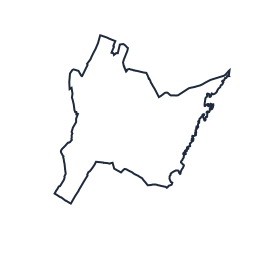 outline of Audriņu pag., Rezeknes, Latvia, rotated 292°
{"feature_id": "27541924B86594333268472", "entity_name": "Audriņu pag.", "entity_type": "district", "adm_level": 2, "iso_a3": "LVA", "parent_name": "Latvia", "parent_adm1": "Rezeknes", "projection": "equal_earth", "projection_center": [27.249, 56.587], "detail": "fine", "context": "isolated", "style": "outline", "palette": "slate", "viewbox_px": 256, "rotation_deg": 292, "n_neighbors": 0, "source": "geoboundaries", "source_scale": "gbopen_adm2", "svg_char_len": 5837}
<svg xmlns="http://www.w3.org/2000/svg" viewBox="0 0 256 256"><g transform="rotate(292 128 128)"><path d="M213.9,202.2L214.1,201.9L219.5,200.5L218.9,200.2L214.3,198.5L213.1,197.9L212.5,197.5L203.5,186.5L199.8,183.3L196.2,180.5L194.5,178.9L191.3,174.7L191.2,174.7L188.3,170.3L187.7,169.6L186.6,168.8L177.9,162.7L177.0,162.0L176.5,161.2L174.3,155.5L174.3,154.9L175.5,151.5L175.4,150.9L174.9,149.7L174.3,149.0L170.4,146.7L168.2,145.1L173.9,138.5L177.0,134.4L177.7,133.7L178.3,132.6L180.5,130.6L181.9,128.9L181.6,128.7L183.6,127.0L186.0,124.3L185.3,121.7L184.3,114.9L183.9,113.4L183.7,112.1L183.8,112.1L183.6,111.1L183.6,110.2L183.2,108.4L183.2,107.0L181.7,105.2L180.6,105.5L179.6,105.1L181.7,103.0L183.0,102.0L182.8,101.9L183.7,101.0L187.0,98.8L190.2,98.5L199.2,98.5L202.1,98.0L202.5,96.7L203.5,94.7L204.1,92.3L202.9,90.1L202.3,89.2L193.5,90.5L193.1,89.6L193.2,89.4L192.6,88.6L192.1,88.5L190.5,87.6L191.4,87.0L191.8,86.5L191.9,86.2L191.6,85.4L191.6,84.5L196.0,84.5L197.7,84.6L198.4,84.3L198.4,83.8L198.9,83.6L203.8,83.7L203.8,76.8L204.0,75.4L203.9,72.6L203.7,69.5L203.8,69.2L203.5,67.5L195.5,68.4L189.3,68.3L184.5,67.8L180.3,67.5L177.7,67.5L172.1,66.0L171.3,66.9L158.9,66.0L158.8,65.8L159.0,65.0L162.4,60.7L162.0,55.8L161.9,55.6L161.4,55.1L160.6,54.6L156.8,53.8L148.7,56.3L142.2,59.3L144.1,60.6L139.0,63.7L135.2,64.6L133.7,65.9L129.6,68.8L124.3,71.8L123.6,72.5L123.0,73.1L123.4,73.7L123.5,74.1L123.3,74.3L121.5,74.9L122.3,76.1L122.3,76.3L117.2,76.4L114.0,77.7L107.9,76.8L106.9,76.8L106.1,77.0L103.2,77.2L102.1,78.5L101.2,78.4L100.0,78.5L98.2,79.4L96.7,79.6L96.2,80.2L95.9,80.4L93.0,79.4L92.1,78.4L92.1,78.1L91.8,77.8L87.8,76.4L84.3,74.9L83.0,74.5L81.9,74.4L81.0,74.6L80.1,75.3L77.5,78.5L77.5,78.8L76.5,78.9L75.0,80.1L73.5,80.9L70.8,82.7L66.4,85.0L62.2,87.4L59.2,87.2L58.3,87.8L56.0,88.0L48.8,86.8L48.8,86.7L48.2,86.0L47.3,85.6L45.6,85.5L43.0,84.9L39.7,84.5L39.4,86.7L38.5,91.0L38.7,92.0L37.2,97.4L37.4,98.0L37.2,98.6L36.8,101.1L36.5,103.3L45.1,104.5L51.2,105.7L51.6,105.6L58.2,106.6L61.1,107.0L68.7,108.3L69.4,107.7L72.2,107.8L73.8,108.9L77.5,109.9L81.2,110.7L84.7,111.0L86.7,118.0L86.5,118.4L87.0,119.6L87.7,121.9L88.1,124.4L88.8,125.0L90.0,126.7L85.1,130.5L84.2,138.2L87.1,139.3L88.7,140.1L89.1,142.0L89.0,142.5L88.7,144.8L88.5,148.2L87.9,150.4L87.7,151.3L87.5,155.2L87.0,157.6L86.8,159.7L85.1,162.5L84.3,164.2L82.3,167.7L83.5,170.2L85.0,172.4L85.9,174.8L86.2,176.1L86.2,177.5L86.5,178.6L86.7,180.4L87.3,183.8L87.6,185.1L87.1,186.3L87.6,186.8L89.6,187.4L90.0,187.7L91.2,189.2L91.9,189.7L93.9,189.6L94.0,189.2L94.0,188.0L95.3,186.6L95.6,186.4L96.5,185.5L98.8,184.7L99.5,184.8L100.4,185.1L101.5,184.7L102.5,185.1L103.8,185.9L106.2,187.9L106.6,188.4L107.2,190.1L107.3,190.5L107.3,190.8L106.1,191.9L105.6,192.2L104.9,193.5L105.2,193.7L106.9,193.4L108.3,193.3L109.8,193.4L111.3,193.8L114.1,193.9L114.7,193.4L114.9,192.3L115.5,191.3L115.9,190.0L116.1,189.9L117.0,189.8L117.9,190.0L118.7,190.4L119.8,190.3L120.7,190.6L121.7,190.7L122.5,190.3L124.0,190.2L124.2,189.9L124.4,189.1L124.7,188.9L125.0,188.8L125.8,188.9L126.2,189.2L126.2,189.3L125.3,190.7L125.2,191.0L125.3,191.1L125.5,191.3L126.0,191.1L127.2,189.9L127.5,189.4L128.2,189.4L128.8,189.7L129.1,189.9L128.9,190.2L128.4,190.5L128.4,191.0L128.5,191.1L129.3,191.0L130.1,190.3L130.6,190.3L130.8,190.4L130.9,190.7L130.8,191.1L130.9,191.4L131.4,191.7L131.7,191.5L131.9,191.1L132.0,190.1L132.5,190.1L132.9,190.5L133.5,190.9L133.7,191.2L133.8,191.7L134.4,192.4L134.6,192.4L135.7,191.7L136.4,191.3L136.7,191.2L137.1,191.3L138.2,192.1L139.6,192.3L140.0,192.6L140.2,193.0L140.6,193.1L141.2,193.1L142.2,192.8L142.1,192.6L140.9,192.6L140.5,192.3L140.3,192.1L140.2,191.7L140.4,191.5L141.3,191.5L142.0,191.2L142.5,191.4L142.8,191.9L143.2,192.0L143.4,191.9L143.8,191.0L144.0,190.8L144.7,190.7L144.9,190.7L145.0,191.3L145.4,192.3L146.3,193.0L146.5,193.4L146.7,193.6L147.4,193.4L147.2,193.3L147.3,192.8L149.3,192.8L149.3,192.5L148.8,192.4L148.6,192.3L148.5,192.2L149.1,192.0L149.4,192.5L149.9,192.6L150.7,192.2L150.9,191.9L150.9,191.7L151.2,191.5L152.4,192.0L153.1,191.4L153.5,191.2L154.5,191.3L155.1,191.0L155.5,191.5L155.4,191.9L154.6,191.9L154.0,192.3L154.9,192.7L155.3,192.7L155.9,192.4L156.5,191.9L157.7,191.5L158.4,191.5L159.4,192.0L160.0,191.9L160.4,191.7L160.0,191.2L159.9,191.0L160.0,190.8L160.2,190.7L161.0,190.8L161.4,191.1L161.9,191.3L162.8,191.0L163.4,190.9L164.4,191.5L165.3,191.6L166.3,192.1L167.1,192.3L168.3,192.2L168.8,192.6L169.3,193.2L169.2,193.5L168.8,193.6L168.3,193.6L167.2,193.1L166.6,193.1L165.1,194.8L163.7,195.9L163.6,196.2L163.8,196.7L164.0,196.8L164.9,196.8L165.9,196.2L166.9,196.0L167.5,196.1L167.8,197.0L168.4,197.0L171.2,196.1L171.8,195.6L171.8,195.1L172.2,195.0L172.7,195.2L173.2,195.7L173.2,196.1L172.8,196.5L172.8,196.8L173.0,197.1L173.5,197.3L174.7,197.3L177.0,196.5L180.0,197.2L180.2,197.4L180.1,197.6L177.1,197.7L176.7,197.9L176.5,198.2L176.9,198.7L177.5,198.9L179.5,198.9L181.2,198.6L181.9,198.2L181.4,197.4L181.3,197.1L181.5,196.0L181.4,195.4L181.1,195.3L179.2,195.0L178.6,194.7L178.3,194.3L178.4,194.0L178.8,193.8L179.9,193.9L180.3,193.5L180.2,193.2L180.0,192.8L179.5,192.4L178.5,191.8L177.3,191.3L177.1,190.9L177.2,190.7L178.7,190.1L182.7,189.1L183.7,188.9L184.3,188.7L185.2,188.7L186.3,189.3L186.9,189.4L187.5,189.3L188.9,188.6L189.5,188.6L189.7,188.8L189.8,189.3L189.8,190.6L187.9,191.5L187.4,191.9L187.5,192.3L187.8,192.7L188.5,193.0L190.7,192.6L191.4,192.7L191.4,193.1L191.1,194.0L191.1,194.3L192.3,195.6L193.0,196.1L194.8,196.8L195.3,196.8L196.0,196.7L198.4,197.1L200.4,198.2L202.3,198.0L202.6,198.2L203.4,199.0L204.3,199.2L206.3,199.3L206.6,199.0L206.3,198.4L206.3,198.0L206.6,197.8L207.0,197.8L207.4,198.1L208.0,198.9L208.5,199.2L208.9,199.3L210.3,199.2L210.7,199.3L210.9,199.4L210.9,199.9L211.1,200.2L211.5,200.4L212.5,200.6L213.8,200.5L214.1,200.7L214.3,201.0L214.2,201.4L213.8,202.0L213.9,202.2Z" fill="none" stroke="#1e293b" stroke-width="2"/></g></svg>